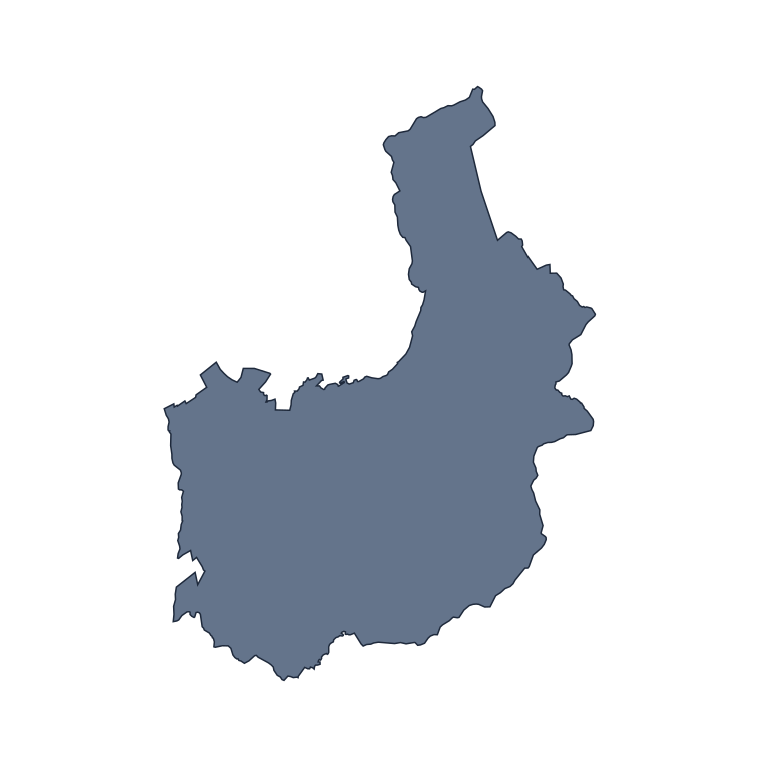 Hateg, Hunedoara, Romania, rotated 99°
{"feature_id": "2599482B32266966922921", "entity_name": "Hateg", "entity_type": "district", "adm_level": 2, "iso_a3": "ROU", "parent_name": "Romania", "parent_adm1": "Hunedoara", "projection": "robinson", "projection_center": [22.928, 45.632], "detail": "fine", "context": "isolated", "style": "filled", "palette": "slate", "viewbox_px": 768, "rotation_deg": 99, "n_neighbors": 0, "source": "geoboundaries", "source_scale": "gbopen_adm2", "svg_char_len": 6154}
<svg xmlns="http://www.w3.org/2000/svg" viewBox="0 0 768 768"><g transform="rotate(99 384 384)"><path d="M442.8,597.2L448.9,594.2L452.1,591.5L455.2,590.3L459.8,590.6L463.1,590.1L463.9,589.5L463.9,588.3L464.9,588.5L466.8,586.6L478.2,585.1L486.6,582.5L490.7,581.8L495.0,580.1L497.0,578.5L500.9,571.6L503.4,570.3L504.9,570.1L513.9,571.8L519.9,570.6L520.5,569.3L520.2,567.3L521.3,565.3L527.7,566.1L531.4,564.9L534.7,564.9L537.5,564.2L542.0,564.6L546.1,562.7L550.6,562.0L550.8,561.4L554.5,562.3L560.1,562.1L563.9,563.7L567.6,562.8L570.9,563.2L575.9,560.6L578.8,559.7L583.7,560.8L588.2,560.7L588.4,559.6L584.2,555.9L578.7,549.0L588.3,545.3L584.6,542.0L592.9,534.9L595.9,533.2L596.8,531.6L611.4,536.6L599.6,541.1L617.1,557.3L624.2,557.3L629.5,556.2L636.5,557.0L644.4,555.4L651.7,555.0L650.4,551.5L649.1,549.8L644.3,547.4L639.9,542.9L639.4,540.8L639.7,539.9L642.0,539.5L643.5,537.5L644.3,535.1L643.7,534.5L639.1,533.9L638.5,532.3L638.9,530.5L640.3,529.3L652.2,525.6L653.4,524.0L655.1,523.0L657.3,517.5L659.4,515.7L660.1,514.4L661.5,513.8L661.8,512.8L665.2,511.2L670.2,510.9L670.4,509.5L667.8,502.7L667.0,496.9L669.0,493.9L675.3,490.8L677.5,488.5L678.6,486.3L678.2,485.3L679.7,484.1L680.0,481.9L681.7,478.2L678.5,474.0L672.5,469.2L672.0,467.6L673.5,465.7L677.5,454.5L679.2,451.3L680.9,449.1L684.1,447.9L688.4,443.9L689.6,440.6L691.9,438.5L692.4,436.4L687.5,433.2L687.6,430.3L688.2,427.7L687.2,424.3L687.5,422.9L686.2,423.0L676.3,418.0L677.2,414.8L676.9,412.9L675.1,412.4L675.4,410.1L676.5,408.4L673.8,408.4L672.4,407.7L672.0,405.6L670.8,403.3L668.6,403.7L668.8,405.6L667.3,405.4L666.2,404.8L666.7,403.7L666.3,403.2L664.8,402.7L663.3,403.0L660.9,401.5L659.2,398.7L659.9,397.8L659.2,397.0L657.6,396.6L652.2,397.5L649.7,397.0L648.0,395.6L646.6,393.7L644.5,393.7L642.0,391.8L640.8,389.5L639.5,388.4L639.4,385.7L638.8,384.9L637.8,385.2L636.8,387.2L635.8,386.8L634.6,385.0L634.8,383.3L637.1,383.1L637.3,382.4L636.8,380.9L637.2,379.4L636.9,377.9L634.7,374.3L644.4,365.9L646.1,363.6L644.0,360.4L643.0,356.3L641.4,353.7L639.9,349.2L638.7,332.9L636.8,327.3L637.2,321.6L634.5,313.5L634.6,312.7L636.8,309.9L636.0,307.2L633.7,303.4L628.1,300.7L625.7,298.8L623.7,295.5L623.3,292.1L615.3,290.5L612.7,288.5L607.6,282.5L604.0,279.8L603.4,279.0L603.4,275.0L602.8,273.4L594.8,269.8L589.5,265.2L587.7,261.7L586.9,258.5L586.8,256.0L588.5,249.7L587.5,244.5L575.6,240.7L571.9,236.4L567.2,232.7L564.3,227.9L561.1,225.4L557.2,224.0L543.9,216.3L543.2,212.9L541.6,212.0L529.5,209.7L521.4,202.8L517.3,200.6L512.4,199.4L510.4,199.8L509.5,200.6L507.3,205.0L506.6,205.5L499.0,204.7L488.4,209.8L483.9,210.4L475.9,215.9L468.3,219.1L465.0,221.5L461.8,223.0L455.6,221.1L453.2,219.0L450.1,217.8L446.4,220.0L443.2,220.8L437.9,224.2L431.8,224.7L422.9,222.7L421.7,221.8L419.6,218.1L418.2,217.1L416.1,213.0L415.5,209.6L414.2,206.4L410.5,201.4L409.0,198.3L406.0,195.8L405.4,194.7L403.9,186.8L397.6,172.4L392.4,170.8L388.3,171.1L386.1,171.9L378.9,179.1L376.8,182.5L375.3,182.9L371.9,185.9L372.1,186.9L371.3,187.4L368.8,191.4L368.3,194.0L369.7,195.6L369.7,197.1L366.8,199.2L367.8,200.9L367.3,203.1L367.9,205.2L366.7,206.8L365.3,207.0L364.8,209.0L362.8,211.4L363.0,212.9L361.1,214.7L358.3,214.7L357.0,214.2L355.1,214.5L353.6,211.3L346.5,205.2L343.8,203.5L337.0,201.8L334.5,201.4L325.6,203.0L321.0,204.6L316.5,207.3L315.3,207.3L310.9,204.8L304.4,197.3L293.7,193.8L290.7,192.0L283.7,186.4L282.0,186.1L277.0,190.5L276.6,191.5L276.2,195.9L277.0,197.5L276.2,198.8L277.0,200.2L275.8,203.1L272.2,206.0L270.0,209.7L267.5,211.5L267.2,212.9L265.9,214.3L262.9,219.4L262.8,221.3L259.8,222.4L257.3,222.5L251.6,225.7L247.5,230.7L248.6,237.1L240.0,238.8L241.2,242.3L246.7,250.7L235.6,261.5L236.3,261.9L226.8,269.5L225.1,268.8L221.1,269.9L219.4,271.1L219.7,273.9L217.5,276.9L214.8,282.1L214.3,285.1L215.2,286.6L224.3,294.4L178.4,318.3L135.8,335.8L133.5,333.6L129.6,331.8L123.2,325.0L111.4,314.8L108.2,315.4L102.7,318.2L95.6,324.4L90.0,330.7L87.1,332.2L84.9,332.7L78.9,332.5L77.5,333.8L76.1,336.7L75.6,338.1L78.8,340.8L78.9,342.5L87.5,344.5L90.8,348.0L93.4,353.1L97.8,359.0L98.7,360.8L99.1,364.4L101.7,368.1L103.0,371.0L114.0,384.2L114.7,386.7L114.2,389.2L115.3,391.7L116.9,393.4L128.4,398.1L130.2,399.8L133.5,408.8L137.3,412.0L137.7,415.4L138.9,418.2L142.2,420.3L145.7,421.8L147.8,422.1L152.3,419.8L153.9,418.6L158.1,412.2L161.4,410.7L163.5,408.9L173.8,410.0L176.8,408.2L180.7,407.1L183.4,403.8L190.8,398.5L195.2,403.4L197.4,404.3L200.4,404.4L202.6,403.7L205.5,401.3L212.5,400.0L217.0,396.9L225.2,395.1L229.7,393.5L233.6,391.3L236.2,388.4L236.1,386.2L238.5,384.7L244.1,379.3L258.0,375.2L260.8,375.2L266.2,377.1L271.8,377.0L276.9,375.4L279.1,373.0L281.0,372.3L283.0,368.0L283.2,365.1L285.2,364.3L286.6,363.1L287.4,360.8L287.3,359.8L285.5,357.5L294.7,357.6L299.8,358.3L302.6,359.5L305.8,359.2L317.2,362.0L322.1,362.7L328.1,364.8L331.9,363.3L343.8,364.5L351.0,367.1L359.7,373.1L360.6,374.3L361.7,373.7L368.2,378.0L371.3,381.3L374.1,382.0L375.2,383.1L376.8,386.2L379.0,388.5L379.7,390.7L379.8,397.0L379.1,402.3L380.2,404.1L382.1,405.0L385.5,409.3L385.7,410.5L384.2,411.4L383.9,412.2L385.0,414.1L387.5,414.5L389.5,418.3L388.8,420.6L385.8,422.2L384.8,422.2L383.6,419.9L381.6,420.1L381.3,421.0L383.8,425.6L385.5,425.3L389.1,428.1L389.8,428.1L390.2,427.2L387.9,424.1L388.2,423.5L388.8,423.5L392.9,428.1L393.3,428.8L391.8,429.6L390.9,432.2L392.8,437.4L393.7,439.3L397.1,441.6L398.5,441.8L398.9,442.6L397.7,445.7L396.0,447.4L396.4,450.4L390.3,446.2L389.7,444.7L383.9,447.0L384.1,451.0L387.6,452.2L389.0,453.3L391.8,458.4L389.8,459.8L390.0,460.5L391.9,460.8L394.5,462.3L394.6,463.8L398.0,463.8L400.2,467.0L401.9,467.1L404.6,468.6L405.0,471.3L406.2,470.8L407.8,472.1L414.6,473.0L419.2,472.5L424.7,473.0L426.6,487.2L419.7,488.0L416.0,489.3L417.9,492.7L418.8,495.8L420.1,496.7L420.3,497.8L417.8,497.1L413.7,497.7L413.4,498.4L414.0,499.3L414.0,500.4L412.7,501.4L411.3,501.6L411.2,504.6L408.9,506.8L400.5,501.3L392.0,497.6L391.3,498.4L388.9,514.5L390.6,525.4L399.9,526.3L405.2,529.3L403.7,534.6L401.3,539.7L398.5,543.8L395.2,548.0L388.7,553.1L403.8,566.8L415.0,558.6L424.1,567.9L426.7,568.0L434.3,576.3L431.9,578.0L438.1,584.5L437.4,585.0L439.6,587.6L436.5,588.5L442.8,597.2Z" fill="#64748b" stroke="#1e293b" stroke-width="1.5"/></g></svg>